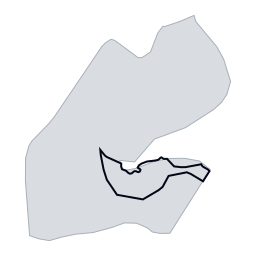 Arta on a map of Djibouti (Mercator projection)
{"feature_id": "DJI-1568", "entity_name": "Arta", "entity_type": "Region", "adm_level": 1, "iso_a3": "DJI", "parent_name": "Djibouti", "parent_adm1": "", "projection": "mercator", "projection_center": [42.782, 11.46], "detail": "fine", "context": "in_parent", "style": "outline", "palette": "ink", "viewbox_px": 256, "rotation_deg": 0, "n_neighbors": 0, "source": "natural_earth", "source_scale": "10m", "svg_char_len": 1463}
<svg xmlns="http://www.w3.org/2000/svg" viewBox="0 0 256 256"><path d="M210.2,169.6L199.4,186.6L185.6,208.4L169.9,233.2L160.1,233.4L152.4,232.0L147.2,227.8L136.5,223.2L124.3,222.9L112.8,227.2L93.2,232.5L75.5,234.2L61.3,237.2L49.4,240.6L38.8,238.8L29.6,235.6L27.6,209.3L25.4,180.6L25.6,158.2L28.9,145.9L31.8,141.1L48.5,124.0L54.2,117.0L73.4,88.7L89.7,64.5L102.0,46.3L105.7,42.7L110.9,39.3L114.6,40.3L138.3,57.8L142.5,57.3L150.5,51.9L157.7,33.2L162.8,26.3L164.9,26.5L180.2,21.3L194.0,15.4L195.8,21.5L216.7,46.6L223.6,59.0L230.6,81.6L226.9,94.2L221.5,102.4L213.4,109.7L185.5,127.6L154.4,139.1L134.6,161.9L119.8,160.4L122.1,169.0L127.6,170.0L136.2,168.3L153.3,161.7L168.5,158.5L184.8,158.3L199.7,161.1L210.2,169.6Z" fill="#d9dde1" stroke="#a8b0b8" stroke-width="1"/><path d="M209.5,171.1L203.0,181.3L190.7,173.9L186.8,172.3L168.6,175.9L162.6,186.9L158.7,190.1L142.9,199.4L117.0,194.8L106.8,179.7L103.6,169.6L100.8,155.2L100.3,149.9L104.7,155.3L106.6,156.9L121.2,163.5L121.2,166.6L122.0,169.2L126.1,170.8L128.5,173.1L130.1,173.7L131.8,173.3L133.8,171.5L135.2,171.1L136.3,171.3L137.4,171.9L138.6,172.1L139.8,171.5L140.5,169.9L139.7,168.9L138.4,168.3L137.7,167.6L138.8,165.5L141.3,163.7L147.0,161.5L155.5,160.5L158.2,159.8L159.5,158.8L160.5,157.7L161.5,157.4L162.9,158.4L163.9,158.9L167.1,158.9L167.3,159.2L174.1,166.4L181.2,167.2L185.8,167.1L200.6,164.4L201.1,164.2L202.4,166.2L203.8,167.2L207.7,169.3L209.5,171.1Z" fill="none" stroke="#020617" stroke-width="2"/></svg>